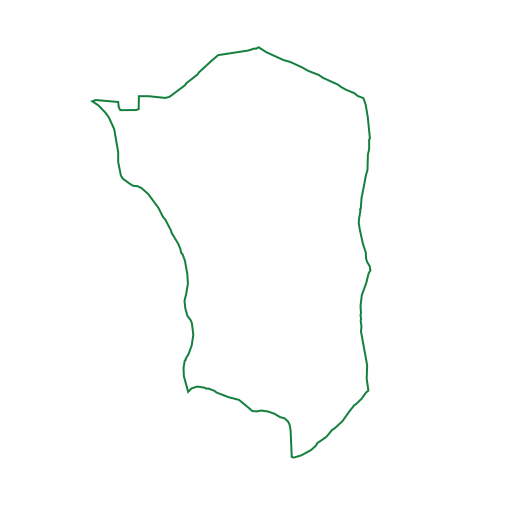 outline of Ixtahuacán, Huehuetenango, Guatemala, rotated 170°
{"feature_id": "79465075B38724413967486", "entity_name": "Ixtahuacán", "entity_type": "district", "adm_level": 2, "iso_a3": "GTM", "parent_name": "Guatemala", "parent_adm1": "Huehuetenango", "projection": "equal_earth", "projection_center": [-91.799, 15.426], "detail": "fine", "context": "isolated", "style": "outline", "palette": "green", "viewbox_px": 512, "rotation_deg": 170, "n_neighbors": 0, "source": "geoboundaries", "source_scale": "gbopen_adm2", "svg_char_len": 1910}
<svg xmlns="http://www.w3.org/2000/svg" viewBox="0 0 512 512"><g transform="rotate(170 256 256)"><path d="M346.4,134.0L342.6,136.8L336.5,137.6L329.1,135.1L328.1,134.0L326.0,133.8L320.3,130.4L318.6,128.4L307.5,121.7L297.8,117.3L292.4,111.1L286.5,103.9L282.0,102.8L277.7,102.9L271.3,100.8L265.0,97.3L260.4,93.2L256.1,91.2L253.3,87.6L252.2,84.1L252.2,78.3L255.7,51.9L253.8,50.9L246.0,51.8L235.4,55.4L230.1,58.7L228.1,61.1L218.2,65.6L211.0,71.7L209.2,72.2L199.6,78.3L191.5,86.3L184.8,92.3L183.6,92.5L176.8,97.1L171.3,102.5L168.7,103.9L168.3,115.9L165.5,129.1L165.7,163.6L164.4,168.1L164.1,174.4L163.4,175.8L163.4,179.3L162.5,181.7L161.8,188.4L158.6,199.1L152.1,210.3L148.2,219.1L145.8,222.1L145.8,226.2L147.7,231.1L148.0,234.4L147.3,240.5L148.6,249.7L149.2,264.5L149.1,270.4L148.3,274.0L145.4,282.2L145.4,283.9L144.6,284.4L142.0,294.8L136.8,308.2L133.9,316.0L131.3,321.3L128.2,336.4L126.0,341.6L124.4,350.9L123.4,352.1L121.8,373.5L121.7,385.8L122.8,392.8L128.0,395.9L130.9,399.3L138.3,404.0L142.4,407.3L145.8,410.7L159.1,419.8L162.6,423.3L172.0,429.0L175.8,432.0L177.1,433.2L188.8,441.3L194.8,444.1L210.4,454.9L217.2,461.1L220.1,460.1L221.3,460.6L228.2,459.7L258.4,460.4L266.3,455.7L280.1,446.9L282.4,444.7L294.4,438.4L296.5,436.4L313.5,427.8L317.9,427.4L333.5,431.9L343.6,433.7L346.0,421.0L349.0,420.6L364.3,423.2L365.3,426.1L365.0,431.6L386.6,437.4L390.3,436.8L384.7,431.3L379.1,422.8L376.8,417.9L373.6,405.5L373.7,382.2L375.4,372.5L375.1,358.7L373.6,355.1L368.0,349.3L364.7,346.4L361.0,345.5L357.2,343.0L351.4,335.8L343.7,320.3L340.8,310.6L338.9,307.4L335.2,295.6L335.2,293.8L330.5,281.6L329.3,276.3L329.2,274.1L329.0,271.7L328.0,270.5L326.8,263.5L326.8,250.1L327.8,240.7L331.2,231.1L334.2,224.3L334.7,216.9L334.0,209.1L331.4,203.9L330.8,200.7L331.4,189.4L334.8,179.2L339.3,171.3L343.0,167.1L343.1,166.0L344.3,165.4L346.8,158.4L347.9,150.2L346.4,134.0Z" fill="none" stroke="#15803d" stroke-width="2"/></g></svg>